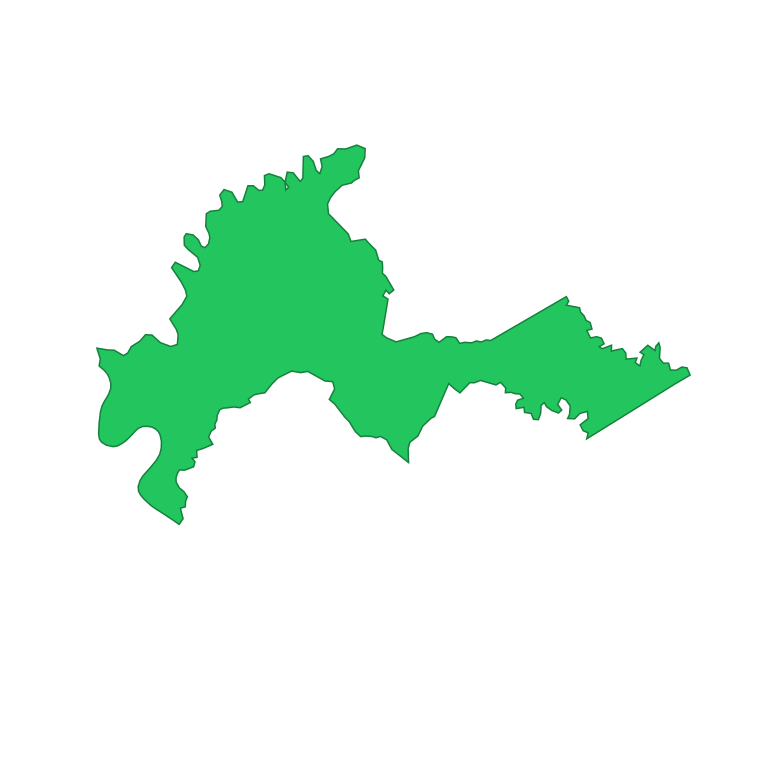 Nonoai, Rio Grande do Sul, Brazil (orthographic projection), rotated 203°
{"feature_id": "56859067B21998969207293", "entity_name": "Nonoai", "entity_type": "district", "adm_level": 2, "iso_a3": "BRA", "parent_name": "Brazil", "parent_adm1": "Rio Grande do Sul", "projection": "orthographic", "projection_center": [-52.863, -27.353], "detail": "fine", "context": "isolated", "style": "filled", "palette": "green", "viewbox_px": 768, "rotation_deg": 203, "n_neighbors": 0, "source": "geoboundaries", "source_scale": "gbopen_adm2", "svg_char_len": 4132}
<svg xmlns="http://www.w3.org/2000/svg" viewBox="0 0 768 768"><g transform="rotate(203 384 384)"><path d="M535.4,178.2L530.1,177.2L525.7,176.4L517.7,174.7L516.3,181.5L519.5,185.6L522.9,190.1L518.9,193.3L520.8,198.4L521.0,203.4L526.1,206.7L531.9,208.5L536.9,212.4L538.7,216.1L539.3,220.7L538.7,225.0L533.8,226.8L526.9,233.4L527.6,238.6L531.8,240.8L527.4,243.4L530.5,249.6L525.7,253.6L518.0,261.6L524.7,266.6L524.7,273.0L522.0,277.5L524.1,281.0L523.7,285.2L525.3,290.0L525.1,296.3L522.5,299.0L518.8,300.9L513.2,304.2L507.2,305.9L499.8,314.7L502.9,317.1L499.5,323.2L494.9,326.5L490.2,329.3L489.2,333.3L487.0,340.7L484.2,347.7L481.3,351.4L474.1,359.8L465.2,361.9L459.0,365.8L439.5,363.7L432.2,366.1L427.5,360.2L428.3,348.4L421.3,346.2L407.0,338.1L401.5,335.9L391.7,328.9L384.9,326.5L380.3,329.0L374.2,331.1L370.5,331.3L366.8,334.3L359.7,333.7L351.3,326.9L330.7,321.3L336.6,334.2L337.4,340.5L332.5,349.3L331.9,360.4L327.3,370.9L324.8,373.8L324.6,409.7L317.6,407.2L310.6,405.5L305.5,418.8L301.5,420.3L296.6,425.0L280.5,426.9L277.4,431.1L270.4,427.9L268.9,423.4L263.4,426.1L259.4,426.3L255.1,427.9L250.1,425.4L254.7,421.3L254.9,417.2L252.8,413.0L246.0,417.2L243.5,412.8L237.0,414.4L232.6,409.9L228.0,411.5L228.3,418.0L231.0,425.7L229.2,429.5L225.4,426.6L219.2,425.2L212.0,425.5L210.2,429.4L216.2,433.1L215.5,440.6L210.2,440.4L204.0,436.5L201.3,428.3L201.5,424.0L194.9,426.4L192.2,433.4L186.1,438.2L182.6,431.9L187.5,423.1L182.4,418.8L177.0,418.8L176.0,412.7L154.9,442.6L116.4,497.4L105.7,511.8L111.4,517.3L116.5,516.0L120.3,510.9L125.8,508.8L130.2,514.4L135.1,512.3L140.5,515.3L144.0,525.3L147.1,529.3L148.5,524.9L147.6,520.7L156.3,522.7L160.7,513.3L156.2,512.6L156.6,506.3L155.5,500.6L161.1,501.9L161.3,506.7L170.9,501.5L173.5,506.9L178.3,509.7L184.0,505.8L187.6,503.1L189.7,508.6L196.9,501.7L200.5,502.5L197.1,507.0L201.8,511.2L206.8,510.6L211.9,507.1L218.3,512.6L214.0,515.8L218.3,521.2L222.8,521.5L226.3,524.8L231.3,527.1L233.8,530.6L246.9,527.8L246.3,532.4L250.3,535.7L302.9,465.6L307.0,464.6L311.0,460.6L315.9,459.7L319.2,456.2L326.2,453.8L330.2,450.9L335.9,454.7L339.6,454.0L344.9,452.0L347.0,448.3L349.5,444.0L354.9,445.0L358.8,448.8L364.8,447.9L369.8,444.8L374.5,439.4L389.3,427.5L399.6,427.5L405.2,428.9L407.0,436.9L413.5,463.7L419.5,464.7L418.8,471.1L414.5,469.1L411.7,474.3L424.4,483.8L428.7,485.3L431.0,491.2L433.3,495.7L437.2,495.9L444.0,504.0L453.3,507.8L457.8,510.0L470.1,502.3L475.5,508.1L501.7,519.1L506.3,527.7L506.1,534.7L504.1,542.1L500.1,550.7L492.5,556.3L490.8,559.9L487.4,564.0L490.9,570.3L490.1,584.6L493.3,593.3L502.4,593.3L511.2,585.3L518.6,582.4L520.1,576.4L523.6,572.1L530.4,566.4L525.9,560.0L525.3,552.5L529.9,554.2L536.1,561.3L543.1,564.5L547.1,561.9L539.1,541.7L540.3,537.7L550.0,542.9L555.9,541.2L553.8,531.0L559.5,533.7L572.0,532.6L575.5,529.1L571.5,520.7L571.5,515.0L574.8,513.3L581.8,515.4L586.7,513.3L585.3,496.7L589.8,494.3L598.9,501.1L607.2,500.5L609.0,493.7L604.7,488.6L602.2,484.2L603.9,479.4L611.5,475.1L614.1,471.3L609.6,459.3L603.8,454.1L601.5,450.6L600.3,444.5L602.0,439.6L606.1,439.5L611.2,444.2L618.0,446.6L624.8,445.1L625.4,441.2L622.1,433.8L616.8,431.3L605.0,427.8L599.5,421.3L599.2,415.6L603.0,413.2L623.7,414.5L625.0,408.1L610.5,398.7L603.6,393.0L599.8,387.8L600.9,378.2L606.6,360.3L600.2,355.7L596.7,353.3L592.8,349.1L589.7,339.7L594.9,335.2L606.1,334.7L616.7,338.4L622.8,336.2L625.5,327.9L631.3,319.6L632.0,312.4L635.0,308.3L645.5,309.7L651.6,307.4L662.3,304.8L654.9,296.2L653.3,289.3L646.9,287.3L642.8,285.3L639.5,282.5L636.0,278.3L633.8,273.2L633.5,267.5L633.9,263.5L634.7,258.3L634.9,253.0L634.2,247.7L632.7,242.8L631.1,237.1L629.3,232.3L627.3,226.7L624.4,222.1L621.3,220.1L615.7,219.2L608.8,220.5L605.3,222.7L602.1,226.6L599.6,230.6L597.8,234.7L596.0,239.3L594.6,243.3L592.9,247.1L589.8,250.4L585.8,252.4L580.9,253.7L576.5,253.3L573.1,252.0L570.2,249.6L566.5,244.3L564.0,238.0L563.0,231.9L563.8,224.7L565.6,218.6L566.9,214.3L568.6,209.5L570.2,204.5L570.8,199.5L570.2,193.4L567.9,189.2L564.2,186.4L559.7,184.2L556.1,182.9L551.0,181.1L545.1,179.8L541.1,179.2L535.4,178.2ZM553.8,531.0L548.6,527.9L550.2,524.2L553.8,531.0Z" fill="#22c55e" stroke="#15803d" stroke-width="1.5"/></g></svg>